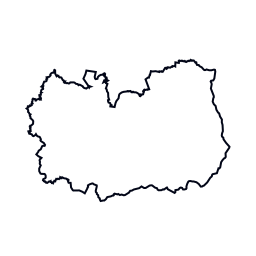 the district of Ixtlahuacán del Río, Jalisco, Mexico, rotated 278°
{"feature_id": "50627088B86535145989584", "entity_name": "Ixtlahuacán del Río", "entity_type": "district", "adm_level": 2, "iso_a3": "MEX", "parent_name": "Mexico", "parent_adm1": "Jalisco", "projection": "mercator", "projection_center": [-103.216, 20.904], "detail": "fine", "context": "isolated", "style": "outline", "palette": "ink", "viewbox_px": 256, "rotation_deg": 278, "n_neighbors": 0, "source": "geoboundaries", "source_scale": "gbopen_adm2", "svg_char_len": 5741}
<svg xmlns="http://www.w3.org/2000/svg" viewBox="0 0 256 256"><g transform="rotate(278 128 128)"><path d="M175.6,46.3L174.9,47.0L173.5,47.1L172.4,46.4L172.4,45.7L171.5,44.4L170.1,43.6L169.3,44.0L167.8,43.0L166.9,40.4L165.6,41.2L164.9,40.3L164.3,40.8L163.4,40.8L162.7,40.1L162.2,38.5L158.5,37.7L156.9,36.5L156.7,37.3L157.1,38.2L155.7,38.0L155.2,38.5L154.8,38.5L154.2,37.4L153.2,36.8L151.1,36.9L151.0,37.2L150.7,36.7L148.8,37.1L148.2,35.6L147.0,36.0L146.5,37.0L145.2,37.7L144.6,37.4L144.0,37.7L143.8,36.6L144.7,35.7L144.1,35.1L143.6,33.8L142.3,33.0L142.3,32.6L143.5,32.2L143.8,31.8L143.6,31.1L143.9,29.9L143.1,29.4L141.6,29.7L140.3,29.2L139.0,30.1L138.4,29.0L138.0,29.0L137.7,29.4L137.2,29.5L136.1,28.0L136.5,27.4L135.5,26.8L135.5,25.8L135.1,25.8L134.4,26.3L133.2,24.9L132.4,26.2L131.7,26.7L130.0,26.8L129.4,27.8L128.3,28.3L127.9,29.6L126.5,29.0L125.2,30.0L124.2,30.0L122.6,32.4L121.6,33.2L118.9,33.4L116.7,31.6L116.7,30.9L116.0,30.5L115.4,30.6L114.9,31.4L113.8,31.1L113.3,31.7L112.2,31.4L111.5,32.1L110.9,31.5L110.9,31.0L110.3,31.4L109.8,31.3L110.1,30.2L108.6,31.0L108.4,33.5L107.0,34.7L106.8,35.6L108.2,37.3L109.1,37.7L107.7,38.8L107.1,40.0L106.9,41.7L106.5,42.1L104.7,43.3L103.6,43.0L102.9,43.6L101.4,46.8L99.7,48.2L98.7,47.9L98.6,46.5L98.0,45.5L94.8,44.6L93.1,42.7L92.0,42.5L89.1,40.9L87.6,43.1L86.4,46.5L85.7,46.1L85.1,45.3L83.8,44.9L82.1,45.6L80.9,45.5L79.9,45.8L78.9,46.8L75.5,45.7L72.9,46.1L70.7,47.7L70.5,48.6L70.9,51.6L70.7,52.1L69.6,53.0L67.7,53.4L66.8,53.1L65.5,51.2L64.4,51.1L64.0,51.9L63.6,52.1L63.7,53.0L63.2,53.3L63.4,53.7L63.1,54.2L62.4,54.5L62.4,55.7L64.2,57.4L64.0,58.2L64.6,58.8L63.7,59.1L63.7,60.2L63.1,60.3L63.3,60.7L62.8,61.5L65.3,62.3L65.1,63.4L66.4,63.5L67.6,64.0L67.3,64.7L68.0,65.5L67.8,66.8L68.6,67.3L68.7,67.6L69.6,67.7L69.2,68.2L69.6,68.4L69.1,69.3L70.0,69.7L69.3,71.7L69.3,73.8L68.8,74.5L68.9,75.2L68.4,76.3L67.7,76.3L67.4,75.8L66.1,76.4L65.5,76.8L65.7,78.8L61.2,79.9L58.7,82.0L58.5,82.6L59.4,88.4L58.5,91.7L57.3,94.3L62.7,96.2L63.5,96.2L64.1,96.7L65.6,96.3L66.9,97.9L68.1,100.2L68.2,100.8L67.5,102.0L66.8,105.0L65.7,105.2L61.4,104.8L60.1,105.1L59.4,106.1L58.2,106.4L57.3,107.8L55.3,108.3L54.4,109.8L53.2,110.1L51.9,111.1L52.8,113.7L52.9,114.6L54.4,116.0L56.7,117.1L57.9,120.5L59.1,122.3L59.1,123.0L59.5,123.3L60.5,123.2L61.1,123.8L60.8,126.8L61.3,127.5L60.5,129.2L61.2,131.0L60.8,133.2L61.2,134.4L64.4,138.2L65.1,138.3L66.1,138.9L66.5,140.5L67.9,142.3L70.0,147.5L72.0,149.5L70.8,152.3L70.9,153.0L71.1,153.9L74.0,157.4L74.5,159.0L74.5,159.9L72.7,163.1L72.4,165.1L71.1,165.9L70.6,167.0L71.1,169.8L72.2,171.3L72.0,172.1L74.4,174.6L74.5,174.9L72.9,175.9L70.2,183.2L71.0,183.8L73.1,183.6L74.0,186.5L75.8,187.6L76.4,188.6L76.2,189.9L74.8,191.1L75.0,192.5L75.7,194.0L76.5,194.3L78.3,194.0L80.9,194.4L83.3,195.2L83.9,195.9L84.2,197.3L84.0,199.2L84.2,200.4L83.8,203.4L82.4,205.9L80.1,208.2L80.4,209.6L81.1,210.3L81.5,211.2L85.1,214.0L90.2,216.4L91.7,217.7L93.2,217.8L94.0,218.2L95.6,222.3L100.7,223.2L100.7,224.1L101.9,224.8L107.1,225.0L109.2,226.0L111.2,227.3L111.9,228.3L113.0,228.8L116.6,228.1L122.5,231.0L123.6,231.1L126.9,227.2L130.1,224.2L131.7,223.7L132.6,222.3L133.7,221.9L135.7,221.9L138.1,222.4L144.2,221.2L146.7,220.1L149.5,219.8L152.1,217.6L155.2,216.2L155.8,215.1L158.4,213.0L162.0,211.7L163.5,209.7L165.9,208.2L169.2,208.3L170.5,208.7L171.8,208.4L178.6,204.6L183.0,204.8L184.1,204.4L185.5,203.4L186.3,203.7L187.0,205.8L189.0,206.6L196.0,206.6L197.7,206.0L197.8,205.1L196.7,202.3L196.5,200.3L196.9,197.6L196.2,196.7L196.0,195.7L196.2,195.1L198.4,192.5L199.2,190.2L200.2,189.3L200.1,187.5L201.3,186.8L202.2,186.6L202.1,186.0L202.6,185.9L202.5,185.3L204.0,183.7L203.9,182.4L203.6,182.2L204.1,180.8L203.4,180.7L203.6,180.1L202.7,179.1L203.0,178.3L201.6,176.7L201.9,176.2L201.6,175.8L202.3,174.9L201.7,174.3L202.1,173.0L201.8,172.4L202.2,171.9L201.7,171.0L202.0,169.3L201.5,168.9L200.6,169.3L199.5,169.3L199.6,165.8L195.6,166.2L195.9,165.5L195.4,164.1L195.5,163.4L194.7,163.2L194.7,162.6L193.6,161.4L193.7,159.3L193.4,159.3L193.3,158.6L192.8,158.6L191.9,158.0L192.1,157.5L193.0,157.5L192.7,156.4L188.6,154.6L188.8,153.5L188.4,153.5L188.5,151.2L187.8,151.1L188.1,147.5L187.4,144.5L187.5,142.8L183.6,142.4L183.6,142.1L180.8,141.7L180.8,140.8L178.6,138.6L169.3,143.6L168.6,142.0L168.9,141.8L167.9,139.5L168.3,139.1L168.1,138.7L166.6,138.7L166.8,138.0L166.5,137.8L165.4,138.5L163.5,138.3L163.0,136.9L163.1,135.8L162.8,135.4L162.2,136.5L161.2,135.7L161.3,135.2L163.2,134.0L164.1,132.0L164.4,131.0L164.2,129.1L164.6,128.2L164.4,127.4L164.0,127.4L163.9,126.4L165.0,125.3L164.8,124.5L164.3,123.8L164.6,123.2L164.5,122.5L164.2,122.5L163.2,118.6L162.3,116.8L160.6,115.0L159.5,114.6L156.0,114.5L153.2,112.8L151.1,112.2L146.9,111.8L146.9,107.5L148.3,107.5L148.6,108.1L148.9,107.5L150.2,106.8L150.5,105.2L151.6,104.6L152.8,104.3L153.4,105.4L155.8,104.2L160.0,103.4L161.4,102.1L163.3,101.5L164.0,100.6L168.8,101.5L169.3,100.0L169.9,100.1L170.6,98.6L169.8,97.3L171.8,97.8L171.6,99.1L171.2,99.6L171.3,100.4L172.2,101.6L172.6,100.7L172.5,99.8L173.2,99.9L172.7,98.9L174.4,99.4L174.3,99.1L175.1,98.5L175.6,98.6L175.9,97.8L176.6,97.8L176.2,97.2L176.7,96.8L177.5,96.7L178.5,97.6L178.9,97.2L178.3,96.1L177.2,95.5L176.9,93.8L175.7,92.1L174.1,91.0L172.5,90.9L171.9,89.2L172.4,88.5L174.0,87.9L179.0,88.3L179.1,78.8L175.5,78.4L170.6,77.0L164.4,82.7L163.8,85.2L163.3,84.1L162.6,83.9L163.1,83.4L163.0,82.8L161.3,81.3L161.5,79.1L162.4,77.7L162.9,77.5L163.8,75.3L164.2,74.2L163.5,73.0L164.5,72.1L164.5,70.3L165.5,68.8L165.6,67.9L165.1,64.5L164.0,63.7L163.8,63.0L164.1,62.0L163.8,60.6L164.2,59.9L163.9,58.8L164.6,58.1L165.4,58.8L165.4,58.2L166.2,57.6L166.4,56.7L168.7,55.0L168.8,53.2L168.6,53.0L169.1,52.3L170.0,51.9L169.9,51.3L170.2,50.9L169.3,50.1L171.8,48.3L175.0,47.8L175.6,46.3Z" fill="none" stroke="#020617" stroke-width="2"/></g></svg>